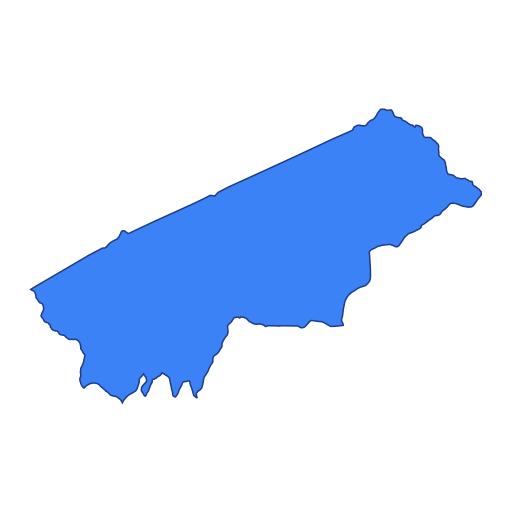 Banissa, North-Eastern, Kenya (Robinson projection)
{"feature_id": "3690345B63925745903052", "entity_name": "Banissa", "entity_type": "district", "adm_level": 2, "iso_a3": "KEN", "parent_name": "Kenya", "parent_adm1": "North-Eastern", "projection": "robinson", "projection_center": [40.459, 3.998], "detail": "fine", "context": "isolated", "style": "filled", "palette": "blue", "viewbox_px": 512, "rotation_deg": 0, "n_neighbors": 0, "source": "geoboundaries", "source_scale": "gbopen_adm2", "svg_char_len": 6042}
<svg xmlns="http://www.w3.org/2000/svg" viewBox="0 0 512 512"><path d="M481.3,195.0L481.2,191.8L479.2,189.4L477.9,188.5L475.7,186.7L474.2,186.0L472.9,184.9L472.6,183.3L472.2,181.6L471.0,181.3L469.3,181.3L468.1,180.1L466.2,179.4L465.2,178.4L461.3,178.8L459.9,178.6L458.4,178.1L456.7,177.9L455.2,177.0L453.5,175.3L450.3,174.6L448.2,174.2L447.1,172.4L446.5,170.2L446.3,167.7L445.9,166.1L445.6,165.1L445.5,164.1L445.2,162.2L444.2,160.1L441.8,158.4L439.8,156.6L439.0,155.3L438.7,153.7L438.9,152.4L438.4,149.0L438.6,147.8L438.7,145.9L437.9,144.2L435.3,141.4L434.2,140.5L432.9,139.7L431.8,138.7L430.8,137.7L429.5,137.4L425.2,137.4L424.0,136.9L423.1,134.8L422.4,132.8L422.6,131.3L422.5,129.3L421.6,127.3L418.9,125.9L417.3,125.4L415.8,125.3L414.9,127.1L413.4,126.1L412.5,125.0L411.1,125.0L409.7,124.4L407.7,123.0L405.9,121.5L403.6,120.6L402.0,119.7L401.7,118.5L400.4,117.7L399.0,117.6L397.2,117.3L395.3,116.7L394.1,115.4L393.5,113.9L392.8,112.2L391.5,110.0L389.7,110.0L388.1,110.3L386.3,110.1L384.4,109.2L382.8,109.2L380.7,109.3L379.0,111.2L377.4,113.5L376.4,115.5L375.0,117.7L373.8,119.0L372.4,119.8L370.4,120.5L369.0,121.9L367.3,123.5L366.4,125.2L365.1,125.6L363.1,125.8L361.3,125.6L359.8,125.2L358.1,125.2L356.1,126.0L354.4,126.8L353.2,128.5L352.7,130.1L349.3,131.7L333.5,138.6L299.3,154.6L264.1,170.8L228.5,187.0L218.1,192.4L214.7,196.1L210.4,195.3L200.7,200.2L191.6,204.5L153.0,222.0L129.5,233.1L128.1,233.5L124.4,230.8L122.3,230.8L121.4,231.6L120.3,234.1L119.0,236.8L116.8,239.3L114.2,240.4L111.6,241.9L109.1,243.7L106.6,246.6L104.9,248.0L102.4,248.1L88.7,255.3L33.6,287.6L30.7,289.4L31.4,290.0L32.9,290.6L34.3,291.4L34.9,292.4L35.6,294.6L35.9,295.7L36.0,297.1L36.2,298.0L37.2,299.1L37.7,300.0L39.1,302.0L40.0,302.9L41.4,303.2L42.5,304.1L43.1,305.4L43.4,306.9L43.7,308.3L43.5,309.9L42.6,311.9L41.9,313.2L41.0,315.9L41.9,317.5L43.3,318.9L43.7,320.3L43.9,320.6L44.3,321.3L44.9,321.8L45.3,322.0L47.2,322.6L48.0,322.9L49.5,324.7L50.4,325.4L50.4,327.1L51.3,328.2L51.8,329.0L52.4,329.7L55.1,330.9L57.2,331.0L58.0,331.8L59.6,334.2L60.7,334.7L61.0,334.8L62.3,335.0L64.6,335.5L65.7,336.9L67.4,338.2L68.5,339.0L69.7,339.5L71.1,339.2L72.1,339.4L74.0,339.5L75.3,339.1L76.9,339.9L78.4,341.0L79.8,342.7L80.1,344.0L80.6,345.5L80.8,349.0L82.0,350.4L82.5,351.6L83.5,353.3L84.9,354.7L84.6,356.9L83.9,360.0L83.6,361.9L82.7,364.4L81.6,366.8L80.8,368.2L80.7,370.2L80.4,371.8L80.8,375.6L80.5,376.8L79.9,378.4L79.9,380.4L80.8,383.4L81.6,385.4L82.9,387.1L84.0,388.1L85.0,387.1L86.0,386.0L87.1,385.3L88.4,384.5L89.7,383.8L92.1,383.1L94.4,383.0L96.7,383.4L98.8,384.4L100.9,386.6L104.6,389.7L105.9,391.2L107.5,392.0L108.7,393.1L110.1,394.8L111.4,395.4L113.9,396.1L115.7,396.4L117.4,397.2L120.2,399.4L121.3,400.8L122.3,402.8L123.0,401.4L124.1,399.7L126.6,396.8L129.0,394.8L133.0,392.6L135.8,390.8L137.1,388.6L138.9,383.4L139.2,381.6L139.2,379.4L140.3,377.7L141.8,376.2L143.5,373.9L144.4,375.4L145.8,377.2L146.6,379.3L146.4,381.6L142.5,385.9L141.7,387.2L141.3,389.7L141.6,391.4L142.9,393.0L143.7,394.6L144.0,395.2L144.5,395.6L145.2,396.2L145.9,395.5L146.4,394.6L146.6,393.4L147.4,392.4L148.4,391.0L148.8,389.8L150.0,386.8L150.4,385.3L152.1,382.4L152.2,379.9L153.0,379.3L154.2,379.2L155.0,378.5L155.9,378.3L156.8,377.5L157.8,376.8L158.5,376.2L159.6,375.8L161.5,374.0L161.9,372.7L164.6,374.4L166.0,375.2L166.5,375.5L168.8,377.2L169.6,378.9L170.8,384.9L171.2,386.9L171.7,389.7L172.4,391.6L172.6,392.9L172.7,394.6L173.1,395.6L173.3,396.0L174.0,396.4L174.8,396.8L175.2,397.0L176.3,395.9L177.2,394.6L178.2,392.9L178.8,390.8L179.2,389.8L181.8,385.0L182.2,383.6L182.3,383.1L182.9,382.3L183.2,382.0L183.5,381.9L185.1,381.5L186.1,381.5L187.8,381.0L188.4,380.9L189.3,381.1L189.8,381.3L190.1,384.0L191.6,388.0L193.0,392.8L193.7,395.4L194.5,396.1L196.4,397.7L197.0,397.6L196.8,396.8L196.4,395.3L196.4,394.8L196.4,393.8L196.5,393.3L196.6,393.0L197.6,391.6L200.5,389.5L200.8,389.2L201.8,387.7L202.0,387.3L203.1,382.5L203.8,378.4L203.9,377.8L204.2,377.2L206.2,374.2L208.0,371.2L208.2,370.7L208.7,369.3L209.4,367.6L210.7,365.2L212.6,362.4L212.8,361.9L212.9,358.7L213.0,358.1L213.1,357.7L213.6,356.5L214.0,355.9L214.4,355.5L215.8,354.7L216.9,353.8L218.0,352.9L219.0,351.4L220.0,349.4L220.9,348.3L221.9,346.8L222.0,344.0L222.0,343.4L222.2,342.8L223.4,340.4L225.0,337.7L227.0,335.3L227.3,334.8L227.5,334.2L227.9,332.7L228.0,332.1L228.0,331.4L227.6,327.0L227.6,325.5L228.1,324.9L231.0,322.3L232.2,320.6L232.9,319.5L233.7,318.3L234.5,317.5L235.2,317.4L236.3,317.4L236.8,317.2L237.6,317.1L238.3,317.2L238.8,317.4L239.5,318.0L240.0,317.8L240.8,316.9L241.2,316.9L241.6,317.0L242.3,317.2L243.8,317.2L244.2,317.4L244.9,317.9L246.1,318.4L246.4,318.6L247.5,319.6L249.4,321.6L249.8,321.8L250.8,322.1L252.5,323.2L254.1,323.9L255.6,324.2L257.3,324.2L258.7,324.0L259.8,324.0L260.6,324.0L261.0,324.1L262.4,324.7L263.6,324.9L265.4,326.5L266.5,326.3L267.7,325.8L268.0,325.7L268.4,325.7L277.9,325.9L278.8,326.1L280.7,325.8L286.0,325.8L297.8,326.0L298.4,326.2L300.1,327.4L300.5,327.6L301.7,327.8L303.4,327.5L303.9,327.3L305.0,326.7L309.7,321.5L311.1,320.5L311.9,320.5L319.1,321.5L321.6,321.7L322.1,321.8L324.0,322.6L330.6,326.4L334.9,326.3L343.2,325.4L343.2,324.9L343.0,323.6L342.0,321.9L341.9,321.5L341.6,320.4L341.5,319.9L341.6,319.4L342.5,316.1L343.3,309.2L344.9,301.5L346.5,298.1L348.5,295.1L351.8,292.2L354.4,290.7L358.0,288.3L360.4,287.2L364.5,285.9L364.9,285.8L365.8,285.4L368.3,282.9L369.7,280.9L370.3,278.6L370.5,276.2L370.4,269.2L369.5,254.3L369.2,252.3L369.9,251.0L370.2,250.7L370.5,250.3L371.5,249.6L374.0,248.4L375.0,248.0L376.1,247.4L376.6,247.0L377.1,246.7L382.3,245.2L389.9,244.4L392.8,245.4L395.7,246.7L397.1,246.8L398.7,245.9L401.8,241.6L404.5,237.4L408.4,233.7L413.2,232.0L418.8,229.2L420.3,228.2L420.8,227.8L421.3,226.5L421.3,225.8L422.2,224.8L423.8,224.1L425.4,222.9L426.8,221.9L428.9,220.2L431.8,218.3L434.2,216.2L435.7,215.5L437.5,215.5L439.5,214.7L440.6,213.7L442.3,211.1L444.7,209.3L447.1,207.2L449.3,204.4L450.8,203.4L452.4,203.2L455.5,203.4L462.6,206.1L468.4,207.2L471.6,206.8L473.2,205.8L475.2,203.2L477.7,199.2L481.3,195.0Z" fill="#3b82f6" stroke="#1e3a8a" stroke-width="1.5"/></svg>